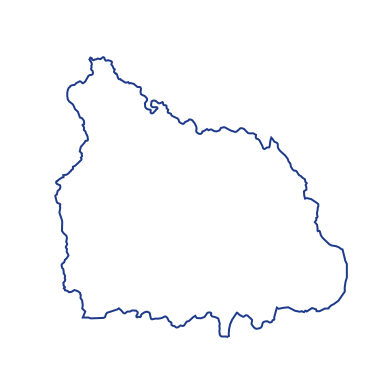 the district of Andramasina, Analamanga, Madagascar, rotated 171°
{"feature_id": "10022922B11040894453097", "entity_name": "Andramasina", "entity_type": "district", "adm_level": 2, "iso_a3": "MDG", "parent_name": "Madagascar", "parent_adm1": "Analamanga", "projection": "mercator", "projection_center": [47.78, -19.337], "detail": "fine", "context": "isolated", "style": "outline", "palette": "blue", "viewbox_px": 384, "rotation_deg": 171, "n_neighbors": 0, "source": "geoboundaries", "source_scale": "gbopen_adm2", "svg_char_len": 5947}
<svg xmlns="http://www.w3.org/2000/svg" viewBox="0 0 384 384"><g transform="rotate(171 192 192)"><path d="M131.5,52.8L130.7,53.2L130.3,55.6L126.3,64.5L124.7,63.1L119.9,63.3L115.0,63.1L108.9,58.6L104.3,56.9L102.1,57.1L101.4,56.4L100.0,55.9L98.7,57.0L98.1,56.9L97.5,56.1L97.1,56.1L91.6,58.6L87.8,56.7L87.6,54.8L84.8,54.3L79.0,56.1L75.4,55.6L74.8,56.5L72.3,58.2L69.5,59.1L64.5,61.6L56.7,69.7L56.1,73.9L54.3,79.5L52.4,83.4L50.3,96.7L51.3,99.7L52.3,111.7L53.6,112.3L55.3,114.2L58.1,115.9L62.6,117.4L64.5,118.8L70.4,126.6L71.5,129.3L71.9,133.1L72.3,133.7L73.8,133.6L74.1,134.3L73.7,136.0L73.6,140.1L75.4,143.0L73.5,145.1L73.4,146.9L72.5,147.1L71.9,147.9L72.0,151.2L70.7,154.8L70.3,156.7L69.4,158.3L69.2,160.3L70.5,161.8L75.5,166.4L79.5,168.0L81.4,167.8L81.7,171.1L81.3,175.2L78.6,176.4L78.3,179.3L78.7,181.1L77.3,182.8L78.4,184.2L78.5,186.9L80.6,188.8L81.9,190.6L83.7,192.0L85.6,196.3L86.4,196.8L87.9,197.2L89.1,198.5L90.3,201.5L90.5,204.8L91.8,207.0L92.2,209.5L92.8,210.8L94.1,213.2L98.6,218.9L99.8,221.1L100.2,223.1L99.8,225.9L100.0,226.7L100.6,227.4L102.9,228.9L104.0,231.5L105.2,233.3L106.4,230.8L108.1,225.2L108.7,224.0L111.1,224.2L112.8,223.3L113.9,223.1L114.9,224.0L115.3,226.4L117.3,232.6L118.5,233.9L120.1,234.7L120.5,236.2L119.8,238.4L122.6,240.5L125.7,240.8L127.5,241.5L130.8,246.2L132.2,247.0L134.2,247.4L138.5,244.7L140.1,244.6L144.4,246.8L149.3,250.6L150.2,251.0L153.2,250.8L153.9,250.3L154.6,249.1L155.4,248.5L158.5,248.0L160.7,248.8L163.2,250.8L164.2,250.8L166.1,250.4L166.9,251.5L167.4,251.8L170.7,250.4L172.3,250.1L172.5,249.4L173.7,248.2L174.9,248.1L176.0,248.4L177.4,249.5L178.2,250.7L178.3,252.0L177.6,253.7L177.5,255.7L178.5,259.2L180.5,262.8L181.8,263.7L183.3,264.1L184.7,263.0L187.7,262.3L189.7,260.7L190.6,260.8L192.5,262.0L193.7,263.4L194.0,265.7L194.7,266.8L199.8,270.3L200.2,270.9L200.6,272.6L203.3,274.1L203.5,275.0L202.6,276.9L203.9,278.6L203.8,281.2L204.6,281.9L205.9,282.1L206.5,282.5L206.7,283.0L206.7,284.9L207.2,285.4L209.5,284.7L210.6,284.7L211.2,284.9L213.3,287.3L214.5,288.1L216.1,288.4L217.7,287.8L218.9,284.3L218.5,282.7L217.3,281.8L213.5,281.3L213.1,280.9L213.0,280.2L213.5,279.4L214.8,278.9L215.2,278.2L216.5,277.4L217.7,276.2L219.0,275.9L220.1,276.2L220.5,277.3L220.0,279.1L220.1,279.7L223.0,280.7L224.2,281.9L224.9,283.3L224.6,287.1L222.2,289.4L221.8,291.0L222.4,292.4L223.7,294.2L226.5,296.0L227.2,296.9L227.1,299.3L226.2,302.0L226.6,303.5L227.2,303.9L229.5,304.3L232.5,307.8L235.5,309.2L237.0,309.1L237.8,310.5L239.8,310.3L241.1,310.7L243.3,312.9L244.5,313.6L245.0,314.7L246.1,314.7L246.8,315.2L247.3,316.6L247.7,319.8L248.6,320.9L248.8,320.7L249.3,321.2L250.1,322.5L250.1,323.5L249.1,325.3L250.1,326.2L250.8,329.0L251.7,330.5L250.7,332.9L251.4,333.9L254.2,335.3L256.0,335.1L256.7,335.3L257.4,336.5L257.6,338.3L258.4,339.0L259.1,339.0L261.6,337.6L262.4,337.7L264.2,338.6L265.6,338.0L266.9,338.1L268.7,337.6L269.6,338.2L270.1,339.8L271.3,340.6L272.6,338.9L271.9,338.1L272.1,337.6L271.4,336.5L270.9,334.3L271.0,333.5L271.8,332.2L271.6,331.0L272.5,329.4L272.3,328.5L271.2,327.1L271.2,325.0L271.6,324.1L272.7,323.4L274.7,323.5L276.1,322.9L280.1,317.9L282.4,316.5L283.1,316.6L284.6,318.5L285.5,318.9L289.2,317.7L291.1,316.2L293.8,316.2L295.5,315.7L296.3,314.7L297.5,314.1L298.7,312.2L299.6,309.7L300.2,306.4L300.1,302.6L299.1,300.6L296.2,297.5L295.6,296.3L294.5,292.1L292.2,289.2L291.0,283.1L289.2,282.2L287.7,279.5L287.8,276.2L288.2,275.6L289.5,275.5L289.6,275.1L288.5,272.7L289.0,270.3L288.8,269.7L287.8,268.6L287.6,267.0L286.5,263.3L286.6,259.8L287.2,259.1L289.2,259.2L290.5,257.5L294.7,254.0L295.0,253.5L296.5,249.6L294.7,247.3L295.1,246.5L294.9,244.6L296.4,243.3L295.9,241.8L296.5,240.9L303.3,236.2L305.7,235.5L305.9,233.6L306.4,233.0L307.5,232.8L308.5,231.5L309.5,231.1L310.7,229.9L313.3,228.7L316.5,228.8L316.4,227.0L316.6,226.7L318.0,226.7L321.9,224.9L323.7,223.6L324.1,223.8L324.7,222.9L324.6,221.8L323.9,220.9L321.4,219.4L321.2,218.5L321.3,217.1L322.0,215.7L324.6,214.0L325.8,210.8L327.3,210.0L327.7,209.4L327.1,203.2L326.5,202.2L324.3,200.9L324.0,200.3L324.8,198.2L324.6,197.0L326.2,192.3L325.0,185.5L324.8,183.1L326.5,173.9L325.4,171.5L323.0,168.6L322.7,166.6L323.1,164.8L324.0,162.7L323.4,160.2L324.0,159.1L325.0,158.0L325.3,157.1L325.1,156.4L324.4,155.5L325.1,152.5L324.0,149.3L324.0,148.5L326.2,146.1L328.1,144.9L329.2,142.6L331.3,141.5L332.3,140.2L332.1,137.3L331.2,136.0L331.2,132.9L331.5,131.7L330.8,130.4L330.5,128.7L331.2,126.8L330.9,125.4L331.3,124.2L333.4,122.2L333.2,121.2L333.5,119.7L332.4,118.0L333.5,117.3L333.7,116.8L332.8,115.9L332.8,114.8L330.7,114.0L329.1,112.2L326.4,112.3L323.5,113.6L320.3,111.9L318.3,109.9L318.3,108.3L318.0,107.8L318.7,104.6L317.5,102.2L317.6,97.3L318.6,94.0L316.1,90.7L319.5,85.1L314.0,84.2L311.7,83.0L299.1,81.5L297.4,82.1L296.0,84.9L294.8,86.0L284.1,87.7L282.4,88.5L280.7,86.5L278.5,83.1L277.9,82.7L276.9,82.7L275.3,83.7L274.2,84.0L272.1,83.6L269.5,84.4L265.9,83.6L264.5,81.9L264.4,81.4L264.7,80.5L266.4,78.3L266.3,77.1L265.8,76.8L264.1,77.1L262.7,76.6L261.9,77.1L261.4,78.6L260.6,79.3L257.8,80.6L255.4,80.9L253.6,80.0L252.7,78.9L252.5,74.4L252.2,73.1L251.4,72.5L248.1,72.7L245.2,72.2L242.6,72.2L241.0,72.4L238.8,73.2L237.5,73.2L236.2,71.8L235.0,68.1L233.0,66.5L232.8,65.8L233.1,64.0L231.7,62.7L230.3,62.3L228.9,60.8L228.2,60.5L226.9,60.6L224.1,62.0L222.2,61.1L220.7,61.4L217.5,64.8L215.1,65.1L210.4,68.2L208.1,69.2L207.4,67.4L206.8,66.7L202.9,65.9L199.2,66.6L195.7,70.2L194.7,70.4L192.9,70.2L191.9,69.3L192.5,67.8L192.4,67.3L191.7,66.1L188.1,64.5L185.8,63.0L185.2,57.4L186.0,55.1L185.9,53.1L186.7,50.4L186.9,46.9L186.3,45.4L185.3,44.6L180.4,43.8L179.7,43.4L178.0,44.0L177.9,46.3L176.8,50.9L175.0,55.4L172.2,59.8L166.6,65.8L166.1,65.6L164.5,63.4L161.4,60.9L160.4,60.8L158.1,61.9L156.5,61.3L152.8,56.6L152.8,55.4L153.8,52.7L153.7,51.8L152.2,48.8L151.0,47.5L149.8,46.8L146.7,46.8L145.2,47.3L144.0,48.5L142.6,51.7L141.6,52.4L140.1,52.7L137.9,52.6L135.8,51.0L134.8,50.9L133.7,51.1L132.4,52.8L131.5,52.8Z" fill="none" stroke="#1e3a8a" stroke-width="2"/></g></svg>